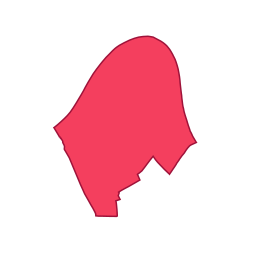 Bang Kho Laem, Bangkok Metropolis, Thailand, rotated 112°
{"feature_id": "78962969B71944934513319", "entity_name": "Bang Kho Laem", "entity_type": "district", "adm_level": 2, "iso_a3": "THA", "parent_name": "Thailand", "parent_adm1": "Bangkok Metropolis", "projection": "mercator", "projection_center": [100.512, 13.698], "detail": "fine", "context": "isolated", "style": "filled", "palette": "rose", "viewbox_px": 256, "rotation_deg": 112, "n_neighbors": 0, "source": "geoboundaries", "source_scale": "gbopen_adm2", "svg_char_len": 2467}
<svg xmlns="http://www.w3.org/2000/svg" viewBox="0 0 256 256"><g transform="rotate(112 128 128)"><path d="M213.6,105.0L210.9,106.2L207.6,107.8L205.1,109.1L202.2,110.6L201.1,111.3L200.1,112.0L197.2,108.6L194.7,111.4L194.4,111.7L194.2,111.7L191.5,111.9L191.0,112.7L188.0,110.5L184.7,107.8L182.1,105.6L178.8,103.0L175.5,100.4L171.8,97.5L169.1,100.2L168.9,100.3L167.5,101.9L167.4,101.9L165.5,100.7L162.6,99.1L158.0,97.8L154.5,96.9L149.7,95.6L144.8,94.1L146.3,91.8L147.1,90.6L148.5,88.0L149.0,87.0L149.3,86.3L150.5,83.7L151.0,82.5L151.7,81.0L152.7,78.8L153.4,77.0L154.6,74.0L154.9,73.2L155.3,72.2L155.1,72.2L153.1,71.7L150.2,71.1L146.1,70.2L143.5,69.7L143.3,69.7L142.5,69.7L142.4,69.6L140.7,69.2L139.0,68.8L138.8,68.7L138.3,68.7L137.7,68.6L134.9,67.9L133.6,67.6L131.8,67.0L129.9,66.4L129.5,66.3L129.1,66.3L128.1,66.1L127.0,65.9L126.1,65.7L123.9,65.1L123.3,64.9L122.9,64.7L121.6,64.3L121.5,64.2L120.8,63.8L120.2,63.3L119.8,63.0L115.8,59.2L115.6,59.5L114.1,61.5L113.9,61.7L112.7,63.3L111.3,65.1L110.1,66.3L108.8,67.7L107.6,69.2L106.2,70.3L104.6,71.7L103.0,73.1L100.9,74.8L99.0,76.3L96.5,78.4L94.2,80.3L91.6,82.3L89.1,83.9L87.5,85.1L85.5,86.3L82.6,87.9L80.1,89.3L77.7,90.5L75.3,91.9L73.1,93.1L66.8,96.5L64.0,97.9L61.1,99.5L57.7,101.6L54.6,103.6L51.8,105.7L48.9,108.1L46.7,110.1L44.4,112.7L44.2,113.0L43.3,113.9L41.3,116.4L39.6,118.7L38.4,120.8L37.2,123.0L36.3,125.5L35.7,127.6L35.2,130.1L34.9,133.0L34.3,138.7L35.0,142.0L35.5,143.9L37.6,148.4L39.8,152.2L42.5,155.7L46.0,159.5L50.4,163.5L54.5,166.9L57.5,168.9L59.3,169.9L62.3,171.3L66.5,173.0L70.8,174.8L75.9,176.5L78.8,177.4L80.2,177.8L85.2,179.2L90.6,180.5L95.4,181.3L100.5,182.1L105.1,182.7L106.7,182.9L110.1,183.2L115.1,183.9L119.5,184.6L124.0,185.3L129.6,186.3L132.8,187.0L134.1,187.3L135.0,187.5L139.2,188.9L143.0,190.5L146.9,192.3L151.5,194.6L155.3,196.7L155.4,196.8L156.9,194.8L159.3,191.6L161.2,189.1L161.9,188.3L161.8,187.8L162.0,187.5L162.2,187.4L162.6,187.0L162.6,186.7L162.9,186.4L162.7,186.2L163.8,184.8L164.5,183.8L165.0,183.4L165.6,183.2L166.0,182.9L166.4,182.5L166.6,182.3L167.0,181.8L167.2,181.6L167.4,181.3L167.7,181.0L168.0,180.7L169.0,179.9L170.0,179.6L170.8,179.4L171.8,178.9L172.4,178.0L175.4,174.1L177.6,171.3L198.2,150.9L201.9,147.0L205.2,143.6L210.5,136.9L213.1,133.7L215.6,130.4L218.7,126.8L219.3,126.2L219.8,125.8L220.5,125.4L221.5,124.9L220.6,121.9L220.2,121.0L218.8,117.4L217.5,113.9L214.5,106.2L214.2,105.4L213.9,105.2L213.6,105.0Z" fill="#f43f5e" stroke="#9f1239" stroke-width="1.5"/></g></svg>